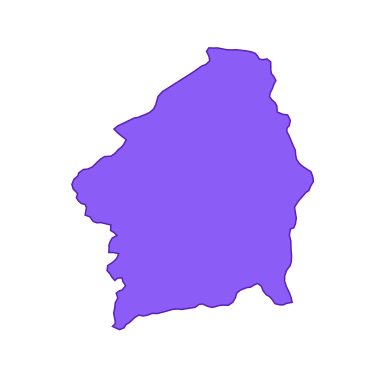 Ipecaetá, Bahia, Brazil (orthographic projection), rotated 11°
{"feature_id": "56859067B33120756794131", "entity_name": "Ipecaetá", "entity_type": "district", "adm_level": 2, "iso_a3": "BRA", "parent_name": "Brazil", "parent_adm1": "Bahia", "projection": "orthographic", "projection_center": [-39.329, -12.308], "detail": "fine", "context": "isolated", "style": "filled", "palette": "violet", "viewbox_px": 384, "rotation_deg": 11, "n_neighbors": 0, "source": "geoboundaries", "source_scale": "gbopen_adm2", "svg_char_len": 2511}
<svg xmlns="http://www.w3.org/2000/svg" viewBox="0 0 384 384"><g transform="rotate(11 192 192)"><path d="M306.4,168.4L307.5,163.0L309.2,158.6L307.7,154.0L304.8,149.3L299.9,147.5L294.3,145.0L291.3,143.0L288.2,139.7L286.6,135.6L285.4,131.2L282.9,127.8L279.9,123.3L276.2,117.8L273.8,115.0L273.0,111.4L274.9,107.9L274.8,102.9L271.2,98.1L266.1,98.4L260.3,97.1L258.9,91.5L256.6,88.6L252.7,86.2L249.9,83.6L249.9,79.7L251.1,75.3L251.9,70.5L253.1,66.6L250.7,63.5L247.3,60.5L246.0,57.0L245.4,53.7L244.4,49.2L240.2,47.1L236.1,48.6L232.7,48.6L230.5,46.1L227.6,43.8L223.6,43.1L218.7,43.1L213.5,43.5L209.0,43.8L203.7,45.0L199.4,45.7L195.3,45.7L189.7,45.7L185.5,46.6L181.0,47.3L179.4,51.2L182.6,55.3L184.4,59.7L181.5,64.0L177.4,66.6L170.5,73.8L163.1,80.9L143.9,99.0L140.5,104.6L140.1,109.2L139.7,113.4L138.4,118.0L135.1,122.1L131.8,124.5L128.4,126.7L125.1,128.9L121.0,130.5L106.5,141.3L103.4,145.1L107.6,148.0L112.3,150.6L117.5,153.2L115.8,158.5L113.9,161.9L111.6,164.3L109.0,168.9L105.6,172.3L99.4,173.9L95.9,177.2L93.2,180.9L89.4,186.5L85.2,189.4L81.1,190.6L77.2,194.8L76.8,198.1L73.8,201.8L72.6,207.4L74.7,211.6L80.0,215.4L79.6,219.8L82.4,222.5L85.6,224.4L89.4,224.7L91.4,227.5L91.4,231.3L91.5,235.1L96.4,235.8L100.6,239.7L104.0,240.4L108.9,239.4L114.9,239.7L118.7,239.8L119.4,245.3L123.5,246.8L126.6,249.0L122.6,252.2L121.2,256.0L120.6,259.9L121.4,263.6L121.9,267.3L126.4,266.4L131.8,266.5L130.8,271.6L127.7,276.0L123.3,280.3L123.6,285.4L127.1,288.0L130.0,291.2L133.1,293.6L135.5,290.7L139.6,289.7L141.2,293.0L144.7,296.7L142.1,301.5L139.3,303.1L136.9,305.7L139.4,310.2L137.8,315.5L138.3,320.6L138.2,325.9L139.5,329.1L140.9,332.5L141.8,335.9L139.6,339.1L142.9,340.0L147.2,340.9L151.2,338.3L152.6,334.6L155.2,332.4L157.8,328.9L159.8,326.0L163.3,323.0L167.6,323.0L171.9,321.4L176.1,318.7L181.0,318.0L187.7,314.8L195.4,310.9L200.5,309.5L204.1,309.3L217.1,304.6L220.3,301.0L223.7,299.9L228.1,301.0L233.2,301.5L236.5,300.3L239.9,298.4L244.0,297.1L249.3,296.3L253.1,292.5L254.9,287.1L255.1,282.9L258.2,279.1L263.6,275.6L267.7,274.2L270.8,271.4L273.7,269.3L277.9,271.1L280.7,275.4L284.3,278.6L288.1,279.9L291.5,282.5L294.8,285.8L299.7,286.0L303.3,285.3L306.0,283.3L311.4,281.2L309.5,276.8L306.4,271.8L302.9,267.1L299.9,262.0L299.0,256.4L299.8,250.8L302.2,246.0L302.8,241.7L301.9,235.5L300.4,230.3L299.5,226.6L298.4,221.3L295.8,215.9L295.7,209.6L298.8,207.7L299.6,203.5L299.4,197.8L297.2,192.0L295.6,187.5L297.0,183.4L298.8,179.5L301.6,174.8L304.0,170.6L306.4,168.4Z" fill="#8b5cf6" stroke="#5b21b6" stroke-width="1.5"/></g></svg>